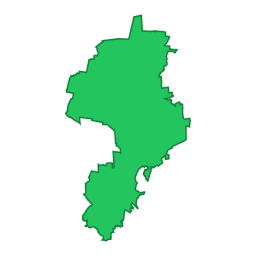 Salvatierra, Guanajuato, Mexico (Equal Earth projection)
{"feature_id": "50627088B1811794709205", "entity_name": "Salvatierra", "entity_type": "district", "adm_level": 2, "iso_a3": "MEX", "parent_name": "Mexico", "parent_adm1": "Guanajuato", "projection": "equal_earth", "projection_center": [-100.915, 20.193], "detail": "fine", "context": "isolated", "style": "filled", "palette": "green", "viewbox_px": 256, "rotation_deg": 0, "n_neighbors": 0, "source": "geoboundaries", "source_scale": "gbopen_adm2", "svg_char_len": 5791}
<svg xmlns="http://www.w3.org/2000/svg" viewBox="0 0 256 256"><path d="M165.6,32.3L163.1,31.7L157.9,31.3L155.4,30.9L155.4,31.6L154.9,31.5L154.0,31.1L148.8,31.5L147.4,31.1L142.2,31.0L141.3,15.4L134.0,16.9L128.8,39.1L126.8,39.2L117.4,38.7L116.7,39.1L105.1,40.4L103.4,40.8L103.2,41.3L102.8,40.6L102.4,40.8L102.6,41.7L99.4,44.1L95.9,46.9L97.2,48.6L97.1,50.0L98.4,53.2L97.1,55.8L94.4,55.4L93.6,59.1L93.2,59.0L92.7,59.2L91.2,59.0L91.2,59.5L90.0,59.4L89.1,59.7L86.4,72.5L79.4,71.3L79.3,72.8L79.5,73.3L79.4,73.6L77.9,73.1L76.8,73.2L76.5,73.4L76.3,74.5L76.1,74.7L74.6,75.1L74.6,75.6L73.6,75.6L73.4,75.8L73.3,75.5L72.7,76.1L72.6,76.4L72.2,76.3L71.6,75.7L71.4,75.7L69.8,78.1L69.0,80.9L66.9,90.0L66.6,89.9L66.7,92.0L73.5,93.3L72.7,98.6L70.9,98.9L68.0,105.6L67.8,108.1L67.2,111.5L66.4,112.2L66.2,113.4L65.8,113.4L65.9,113.8L67.3,115.7L68.1,116.6L71.7,118.0L74.1,119.9L79.4,122.8L80.0,123.5L79.5,117.3L92.1,118.8L91.8,120.3L99.8,121.9L100.0,121.8L100.8,122.1L102.8,122.4L102.8,124.5L107.0,124.5L108.2,125.2L113.8,130.3L114.0,130.0L114.1,130.5L114.9,131.3L115.6,143.5L116.5,143.8L116.2,145.7L117.1,146.1L117.4,146.0L120.4,149.0L120.6,153.1L119.5,152.3L114.3,151.7L113.2,151.4L114.1,167.6L112.4,167.9L112.3,163.3L111.0,163.0L107.3,163.1L106.5,163.8L106.1,164.8L105.9,165.9L103.2,164.6L100.1,165.5L99.7,165.5L99.2,165.2L98.9,164.5L98.3,164.3L98.4,172.4L91.6,171.0L88.7,177.6L89.5,178.6L89.7,180.1L89.6,181.0L87.9,181.8L85.6,183.4L85.6,189.8L86.1,190.5L86.0,192.0L85.2,193.4L84.6,194.1L83.7,194.3L84.8,195.5L86.2,197.3L86.4,197.8L86.9,198.4L87.3,198.6L87.6,199.7L88.0,200.2L88.5,200.3L90.3,202.4L90.4,202.9L90.7,203.2L91.1,203.3L92.1,204.3L92.1,204.5L91.6,205.3L89.6,206.4L88.8,207.1L86.9,209.6L86.6,210.0L86.6,210.6L86.4,210.8L86.0,210.8L85.3,212.0L85.3,212.8L84.8,213.2L83.4,215.0L83.1,215.7L82.7,215.8L82.7,217.8L82.8,218.8L82.6,219.0L83.4,219.4L83.2,220.5L85.2,221.0L87.3,220.4L87.4,221.0L87.2,221.7L86.6,222.2L87.0,225.0L86.0,225.4L85.4,226.0L85.3,226.3L86.6,226.4L87.7,226.1L88.3,226.6L89.1,227.5L90.0,227.8L90.7,227.6L91.8,226.8L94.0,226.8L94.9,227.5L95.1,227.9L96.4,228.3L96.8,229.1L97.0,228.9L97.4,229.1L97.6,229.3L97.6,229.6L97.9,230.2L97.7,230.3L97.9,231.1L98.2,231.5L98.2,232.4L98.6,233.1L99.8,234.0L100.0,234.6L101.1,235.3L103.1,235.9L103.3,236.3L103.4,237.2L103.1,238.9L102.1,240.0L103.2,240.1L104.0,239.7L104.4,240.2L105.2,240.6L106.2,240.6L107.2,240.2L108.2,239.3L110.8,239.2L111.0,237.0L110.8,237.0L111.1,232.6L113.7,232.2L113.0,228.7L114.5,228.9L114.7,228.7L115.1,228.2L115.3,227.4L114.9,226.2L115.0,226.0L115.3,225.8L115.4,226.1L115.7,226.1L116.2,225.9L116.5,226.1L116.6,226.5L117.1,226.6L117.7,226.5L117.8,225.9L118.0,226.3L119.1,226.4L119.6,226.2L119.8,226.0L120.1,226.2L120.4,226.9L121.0,226.2L121.3,226.2L121.5,226.4L121.8,226.4L122.6,226.1L122.3,223.7L122.1,223.1L121.5,223.0L121.6,222.5L122.0,222.5L122.1,221.4L121.1,221.9L121.0,220.9L122.5,221.1L122.6,219.7L123.5,219.8L124.1,215.2L124.2,212.5L124.5,211.5L124.9,211.0L125.2,210.4L125.2,209.9L129.8,212.5L129.7,212.1L130.0,211.9L130.4,211.8L130.7,211.4L131.3,211.1L131.6,210.7L130.3,208.8L131.2,207.9L133.3,208.7L133.1,207.4L132.9,206.9L131.9,206.1L131.1,205.9L130.9,205.4L131.9,202.8L137.6,208.5L138.0,208.2L136.2,204.9L136.1,204.4L136.2,202.2L137.1,197.8L137.3,197.6L137.9,197.9L139.0,196.0L139.0,195.8L139.6,195.2L140.6,195.1L141.1,194.6L141.9,194.3L143.8,194.3L143.8,193.9L144.1,193.1L144.8,192.2L144.3,192.0L141.3,192.5L139.1,192.7L138.6,191.4L137.3,191.0L136.8,191.0L136.0,190.4L135.4,189.0L135.3,188.3L135.8,187.0L136.2,185.0L137.3,182.8L136.8,182.6L135.9,181.7L134.9,177.7L138.3,169.9L138.6,169.5L140.0,168.2L141.6,166.3L142.5,166.2L142.5,166.8L143.2,166.6L144.1,167.0L144.0,166.2L145.6,166.1L147.9,166.4L147.7,166.9L147.4,166.9L147.4,167.6L147.7,167.6L147.8,168.0L148.3,168.3L148.4,168.2L148.6,168.7L148.3,168.8L147.5,169.7L147.4,169.8L147.2,169.6L147.0,169.4L146.2,169.5L146.2,169.8L145.1,169.6L144.8,170.1L144.6,170.8L144.9,171.1L144.7,171.7L143.8,172.3L144.1,173.0L143.5,173.4L143.4,173.6L143.8,174.5L144.0,174.5L144.1,175.1L144.3,175.1L144.4,175.5L144.4,175.8L144.0,176.0L145.0,175.8L145.3,176.8L145.3,176.7L145.6,177.5L145.8,177.4L145.9,178.5L146.2,179.4L146.4,179.3L147.1,179.7L147.6,180.8L147.3,180.9L147.3,181.0L147.9,181.0L150.4,172.0L150.9,171.5L150.7,171.1L151.5,168.1L151.0,167.4L151.1,166.9L151.2,167.0L151.2,167.5L151.6,167.9L153.0,167.5L152.8,167.3L153.1,167.1L153.4,167.4L153.7,167.0L154.1,167.5L154.9,166.7L156.3,165.6L156.6,165.5L157.9,165.7L158.5,166.0L159.0,165.3L162.6,163.0L161.4,158.6L165.1,155.5L165.3,158.0L165.6,159.4L168.9,158.7L168.8,154.9L166.1,153.8L166.6,153.0L168.1,149.8L168.5,149.4L170.8,148.7L172.3,147.8L172.5,146.3L174.6,145.3L184.1,141.1L186.1,139.6L185.9,126.4L188.0,126.3L189.5,126.9L189.8,122.5L190.2,120.3L189.9,120.1L189.6,118.3L185.1,119.2L183.6,118.7L183.3,118.3L182.6,113.6L182.5,110.4L182.7,108.1L182.5,104.4L181.7,104.1L181.7,104.3L180.3,104.8L180.0,102.9L179.6,102.8L179.4,102.2L179.2,101.9L175.3,103.8L175.5,106.3L175.1,106.3L174.9,106.0L173.8,105.1L173.7,104.5L173.0,104.1L172.2,104.0L170.8,102.1L171.4,101.1L171.3,100.0L171.1,99.8L170.2,99.4L169.7,99.5L169.2,99.9L167.6,99.9L165.0,98.8L168.5,98.0L172.6,96.6L173.5,95.9L173.3,95.7L172.3,95.8L172.1,92.4L168.5,92.7L168.6,90.7L168.4,87.7L167.6,87.5L167.7,87.3L161.7,88.2L161.4,84.6L161.6,82.0L161.1,76.5L159.6,77.4L158.7,76.1L159.6,74.6L160.0,74.2L160.0,73.7L160.3,73.6L160.5,73.1L160.5,72.7L162.8,71.3L162.9,70.8L163.7,69.9L164.3,69.8L163.6,66.5L165.6,65.8L165.8,65.3L167.0,64.6L167.0,62.8L166.8,62.6L166.5,59.8L167.1,59.1L166.2,56.4L168.1,51.2L172.4,51.5L172.8,51.7L174.4,52.1L174.6,52.8L174.5,53.4L177.0,49.7L174.3,49.7L169.8,49.0L169.6,46.1L166.4,46.0L164.7,45.6L165.6,44.0L166.7,42.8L167.3,41.9L169.1,38.0L169.4,36.8L168.2,36.4L165.4,36.2L165.4,34.2L165.6,32.3Z" fill="#22c55e" stroke="#15803d" stroke-width="1.5"/></svg>